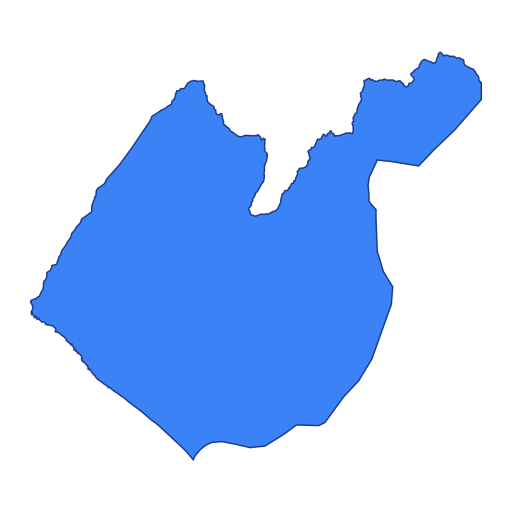 Tacna, Tacna, Peru (Equal Earth projection)
{"feature_id": "86281439B72337675709954", "entity_name": "Tacna", "entity_type": "district", "adm_level": 2, "iso_a3": "PER", "parent_name": "Peru", "parent_adm1": "Tacna", "projection": "equal_earth", "projection_center": [-70.307, -17.872], "detail": "fine", "context": "isolated", "style": "filled", "palette": "blue", "viewbox_px": 512, "rotation_deg": 0, "n_neighbors": 0, "source": "geoboundaries", "source_scale": "gbopen_adm2", "svg_char_len": 5854}
<svg xmlns="http://www.w3.org/2000/svg" viewBox="0 0 512 512"><path d="M30.9,300.6L31.0,301.6L30.7,302.0L31.0,302.1L31.2,303.5L32.6,305.5L32.4,306.1L32.8,306.4L33.1,307.8L31.9,310.8L31.0,312.1L31.6,313.4L31.5,314.6L32.0,314.6L32.0,313.9L32.3,313.5L32.3,314.3L34.0,316.1L34.2,317.0L34.5,316.6L34.7,317.1L35.2,316.8L35.6,317.1L35.8,316.8L36.1,317.6L36.5,317.2L37.0,319.1L37.4,318.8L38.3,319.1L38.9,318.6L39.2,319.6L40.6,320.6L41.8,322.1L43.7,321.8L45.6,323.4L45.5,324.2L45.8,324.4L46.1,324.2L47.3,325.0L48.1,324.5L50.1,325.5L51.8,325.4L55.1,327.8L56.0,329.9L55.3,331.2L55.6,332.0L57.8,332.1L58.5,332.4L58.6,332.8L59.3,332.8L60.5,333.8L60.9,334.7L62.7,335.7L63.0,336.3L63.7,336.5L65.8,338.6L66.5,340.8L67.7,341.3L68.1,342.2L69.5,343.0L70.1,343.9L70.8,343.8L71.0,344.6L71.8,344.1L71.8,344.7L72.1,344.8L72.1,345.6L73.6,347.0L73.7,347.8L74.5,348.3L74.4,349.4L74.1,349.4L74.0,349.9L75.1,349.8L75.6,350.9L76.1,350.6L76.8,351.4L76.8,351.8L77.3,352.2L77.5,353.0L78.0,352.5L81.1,355.8L82.0,357.3L81.9,358.7L81.4,358.8L82.2,361.3L83.0,361.1L84.1,362.5L86.1,363.9L86.1,364.7L87.4,365.5L87.6,366.5L88.1,366.9L88.0,367.4L88.3,368.1L88.0,369.1L88.6,369.4L89.2,369.0L89.6,369.9L90.7,370.2L91.5,372.2L92.8,373.1L93.3,374.7L94.5,374.9L95.8,377.2L96.5,378.2L97.1,378.4L97.8,379.5L98.3,379.6L98.5,380.0L101.0,381.5L104.6,384.4L107.2,385.9L107.9,386.6L108.2,387.6L109.0,387.3L109.7,387.7L113.7,390.8L119.6,394.7L121.2,396.2L123.3,397.3L129.3,402.4L140.9,411.0L152.4,420.9L154.8,422.4L159.1,425.9L181.8,447.0L187.2,452.5L193.3,459.8L195.2,455.7L200.5,449.3L206.5,444.8L212.1,442.3L221.8,441.6L233.7,443.8L250.1,447.6L265.1,446.0L284.0,434.1L296.5,424.9L318.8,425.6L321.7,424.1L325.0,422.4L343.9,396.5L358.6,380.9L371.7,359.3L391.3,304.5L392.7,286.8L383.3,271.5L378.5,255.1L377.3,252.0L376.0,218.9L376.0,209.5L372.3,205.6L369.1,201.6L368.8,193.7L368.1,184.8L369.3,177.1L377.3,160.0L391.2,161.5L418.7,165.9L433.7,150.1L454.9,129.7L481.3,99.5L481.3,82.7L480.2,82.2L480.0,81.4L478.9,80.3L478.7,77.3L477.4,75.0L476.3,74.1L475.8,73.0L475.2,72.8L475.4,72.1L475.1,71.2L474.5,70.9L473.1,69.0L471.5,68.7L469.4,67.5L468.2,67.5L467.4,66.6L465.2,65.3L464.0,63.8L463.8,60.8L462.9,59.4L461.2,59.3L460.3,58.2L459.0,57.7L457.8,58.2L456.2,57.7L453.8,56.3L453.2,56.5L452.3,56.2L450.6,56.8L450.1,56.2L449.2,56.4L448.3,55.5L446.9,55.2L445.6,55.5L444.5,55.3L443.4,55.9L441.8,53.4L440.1,52.2L438.4,53.9L438.2,54.9L438.3,56.0L437.4,57.1L436.4,60.1L436.3,61.3L435.0,62.8L432.8,63.2L431.6,62.1L427.1,60.7L424.6,59.4L422.1,60.6L420.5,63.0L419.4,65.4L419.2,66.9L418.8,67.6L414.2,70.5L413.7,71.5L410.9,73.7L411.2,75.2L413.9,78.3L414.2,79.7L412.0,82.7L411.2,83.1L409.2,83.2L408.4,85.6L406.7,86.7L405.5,86.8L403.7,85.3L403.4,83.9L401.2,82.2L400.5,81.1L398.9,80.7L396.6,81.8L392.9,80.0L386.5,80.1L384.2,79.0L382.7,80.0L379.3,80.2L377.1,81.4L375.2,81.2L373.5,80.7L372.4,79.6L370.8,80.2L369.9,78.4L367.8,78.7L366.6,79.8L364.2,80.5L364.0,81.1L364.5,85.5L363.8,86.6L362.4,91.1L361.8,92.0L360.3,93.2L360.7,94.7L360.6,96.6L361.4,98.2L361.4,100.2L360.2,101.9L359.7,103.6L359.0,103.9L358.3,105.4L358.2,106.7L357.1,109.0L357.0,112.1L354.7,114.2L354.3,115.7L353.2,117.5L353.1,118.5L353.7,121.3L352.5,122.1L352.2,123.8L353.2,126.6L353.2,131.0L352.1,133.9L349.7,132.8L348.3,133.2L346.3,133.0L341.8,134.8L338.1,135.8L335.4,135.7L334.5,136.2L333.8,133.9L331.6,132.6L331.2,131.0L330.7,130.9L330.0,131.3L328.8,133.3L327.2,134.0L327.1,135.5L326.1,136.4L324.1,134.4L323.1,134.5L321.7,137.3L321.4,138.5L319.2,139.4L318.0,139.1L317.2,140.0L315.2,145.1L313.6,147.6L311.6,147.4L310.6,149.8L309.1,150.1L308.1,151.2L308.0,151.6L309.1,154.4L309.6,157.0L310.3,158.3L307.8,161.5L307.9,163.8L306.2,166.6L303.4,168.0L299.6,168.3L299.1,168.9L298.5,170.6L297.3,171.3L297.6,174.1L295.8,178.1L295.2,180.6L293.9,180.9L293.5,183.0L291.7,183.5L289.7,187.5L288.9,187.8L288.5,189.1L287.1,190.7L285.0,190.5L283.8,193.0L282.6,193.6L281.9,195.1L281.0,199.2L280.8,200.5L281.0,201.7L277.7,208.8L275.6,210.6L273.6,211.5L272.4,211.6L271.6,212.5L270.2,212.9L269.0,213.9L265.1,214.0L264.0,214.4L261.3,214.1L255.4,216.2L251.1,214.8L250.3,213.2L249.9,211.2L248.8,209.7L248.9,207.8L250.3,206.6L251.4,204.8L251.4,202.8L252.3,201.7L252.8,200.4L252.6,198.8L254.4,196.7L255.8,192.9L257.0,191.9L258.3,190.0L261.7,183.8L263.2,182.0L263.9,180.1L264.4,175.9L264.0,173.6L264.5,169.9L264.4,166.6L265.5,163.0L266.5,161.0L267.3,155.4L267.2,153.8L264.5,150.6L265.0,148.8L264.4,146.4L264.8,144.7L264.7,142.9L265.1,139.3L263.4,138.3L261.7,140.1L260.2,136.8L259.0,135.4L257.8,134.8L256.4,135.5L254.1,135.8L245.3,135.4L241.1,136.9L237.8,136.1L231.9,131.7L230.4,131.1L230.0,130.7L229.7,129.4L228.4,127.9L226.5,127.0L225.9,125.9L224.5,125.0L223.5,123.6L223.5,121.2L222.6,118.7L222.1,115.0L221.5,113.7L220.8,113.6L218.8,114.8L216.6,114.3L216.0,113.3L215.7,110.1L214.5,109.2L213.5,106.1L210.8,104.7L207.4,101.5L207.3,100.0L206.6,96.6L207.0,96.6L207.1,96.0L206.0,95.1L205.3,92.7L204.7,91.8L204.3,88.4L204.7,85.8L204.4,84.4L203.3,82.6L203.1,81.0L200.6,81.0L198.2,81.4L194.3,80.5L190.5,81.3L187.8,83.1L184.6,88.3L183.5,88.6L181.0,88.6L180.6,88.8L179.2,90.8L176.7,90.9L176.4,92.2L175.5,94.3L175.1,97.8L173.1,100.3L172.1,101.1L171.5,103.9L171.0,104.5L167.4,106.5L166.1,107.9L160.4,110.8L154.5,114.9L153.0,115.5L151.4,117.1L151.1,119.0L149.5,121.8L131.2,148.8L119.8,164.3L106.7,179.1L104.9,183.0L104.3,183.8L100.8,186.5L98.4,187.8L96.9,189.6L96.2,191.3L96.0,195.5L94.7,197.1L94.5,198.8L93.2,201.9L91.9,205.9L91.7,207.1L91.7,211.8L81.6,219.2L80.3,223.0L76.3,227.1L75.0,229.8L71.8,233.3L71.4,235.4L70.5,237.9L66.9,242.6L66.1,244.8L62.2,250.1L60.9,253.1L60.9,254.6L59.0,256.7L58.7,258.5L57.3,261.7L57.0,263.6L56.0,264.5L52.0,265.5L51.7,266.1L51.7,267.5L50.1,270.6L47.5,272.1L46.8,273.0L46.9,275.5L46.1,279.1L43.8,281.4L43.4,285.2L43.5,287.0L42.5,290.1L41.8,291.0L39.2,296.5L38.2,296.7L36.3,298.3L36.0,299.1L33.9,299.1L30.9,300.6Z" fill="#3b82f6" stroke="#1e3a8a" stroke-width="1.5"/></svg>